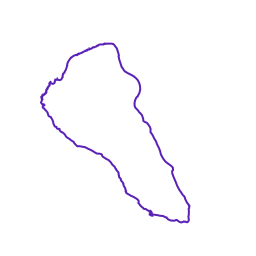 Atauro, Dili, East Timor, rotated 113°
{"feature_id": "22284137B11289182458696", "entity_name": "Atauro", "entity_type": "district", "adm_level": 2, "iso_a3": "TLS", "parent_name": "East Timor", "parent_adm1": "Dili", "projection": "albers", "projection_center": [125.573, -8.218], "detail": "fine", "context": "isolated", "style": "outline", "palette": "violet", "viewbox_px": 256, "rotation_deg": 113, "n_neighbors": 0, "source": "geoboundaries", "source_scale": "gbopen_adm2", "svg_char_len": 5693}
<svg xmlns="http://www.w3.org/2000/svg" viewBox="0 0 256 256"><g transform="rotate(113 128 128)"><path d="M189.5,36.0L188.8,36.1L185.9,37.8L184.4,38.1L181.9,39.0L180.1,39.8L179.0,40.5L178.4,40.6L178.0,40.4L176.9,40.7L176.0,41.3L175.7,41.1L175.3,41.7L174.9,42.1L174.8,42.6L174.2,43.4L173.9,44.2L171.4,47.2L170.8,47.8L170.1,48.1L169.9,48.6L168.9,49.4L168.5,50.9L167.9,51.9L164.5,57.1L162.1,60.0L159.0,63.0L154.8,67.4L152.5,69.5L151.3,70.2L150.2,70.5L149.5,70.2L149.2,70.1L147.0,71.2L146.6,71.9L145.9,73.8L144.6,79.5L143.8,81.4L142.4,83.7L140.0,86.8L138.7,88.0L136.3,89.7L136.0,90.2L134.6,91.4L131.3,95.3L129.6,96.7L127.6,99.5L124.6,103.0L123.1,105.6L122.6,105.9L121.3,106.3L119.8,107.0L118.3,108.5L116.6,111.2L115.9,112.6L115.8,113.4L115.9,114.9L115.6,116.3L115.4,116.7L114.9,117.0L114.4,117.2L113.2,117.9L111.9,119.2L111.5,119.4L110.8,120.1L110.3,121.1L109.8,121.8L109.3,123.5L107.9,125.7L106.4,129.2L105.7,129.8L105.2,130.4L104.6,130.9L103.5,131.2L102.8,131.6L101.5,132.0L99.8,132.3L97.9,132.3L96.2,132.1L95.2,131.4L94.6,131.5L91.5,131.2L88.7,131.6L87.8,131.8L85.3,133.0L83.1,134.5L82.0,135.5L80.3,137.5L79.6,138.8L78.7,141.1L78.4,142.2L78.2,142.5L78.3,142.8L77.9,144.7L77.8,147.0L77.6,147.4L77.7,148.0L77.6,149.5L77.1,153.1L76.2,154.7L75.0,156.3L74.4,157.6L68.4,162.8L67.0,163.7L66.7,164.1L66.1,164.5L65.8,164.5L65.0,164.7L65.0,164.8L63.8,165.4L59.9,168.7L59.2,169.4L59.0,169.5L57.4,172.4L57.0,172.9L56.5,174.3L56.7,175.1L56.6,175.4L57.2,177.3L57.6,177.9L57.9,178.9L58.4,179.5L58.4,180.0L58.6,180.4L58.8,181.0L59.0,181.3L59.4,181.5L59.5,181.8L59.3,181.8L59.4,182.4L59.6,182.4L60.0,182.7L59.8,182.8L59.9,183.0L60.5,183.4L61.2,184.4L62.3,186.9L63.4,187.7L63.7,188.0L63.8,187.9L64.2,188.0L64.3,188.4L64.8,188.7L64.7,188.8L65.3,189.1L67.0,190.7L67.3,191.2L67.2,191.4L67.6,191.7L67.7,192.0L68.4,192.2L68.8,192.6L69.6,193.0L70.0,193.6L70.0,193.8L70.1,193.7L70.8,194.5L71.0,194.5L71.4,195.1L71.3,195.3L72.0,195.9L71.9,196.0L72.2,196.2L72.5,196.2L72.5,196.4L72.8,196.4L72.8,196.6L73.0,196.8L73.1,196.7L73.2,197.0L73.7,197.3L73.7,197.5L73.8,197.5L74.0,197.7L74.9,198.4L75.7,199.2L76.1,199.3L76.9,200.2L77.2,200.2L78.2,201.5L78.7,201.8L78.7,202.4L79.3,202.9L79.5,202.8L79.6,203.2L80.0,203.4L80.7,203.3L80.9,203.5L80.8,203.9L81.0,204.2L81.2,204.3L81.4,205.0L82.6,206.0L83.5,206.7L83.9,207.0L85.4,207.7L85.4,207.9L86.9,208.4L88.6,208.6L89.6,208.9L91.4,209.0L92.9,208.9L93.9,208.6L94.1,208.4L94.3,208.5L95.9,208.2L96.6,208.1L99.5,208.0L100.5,208.3L100.9,208.2L101.1,208.3L101.7,208.1L101.9,208.3L103.0,208.6L103.2,208.9L103.4,209.0L103.9,208.9L104.2,208.6L105.3,208.7L106.5,208.1L106.6,208.3L108.0,208.2L108.9,208.3L109.7,208.6L110.2,209.1L110.9,210.1L110.9,211.2L110.8,211.5L111.0,212.0L110.8,212.2L111.2,212.2L111.2,212.5L111.6,212.7L111.5,213.1L111.9,213.5L111.9,213.8L112.5,213.9L113.2,213.6L114.3,213.5L114.8,213.2L115.9,213.6L116.3,213.8L116.8,214.6L116.9,216.2L116.6,217.3L116.3,217.2L116.0,217.2L115.9,217.4L116.1,217.5L116.9,217.8L117.8,217.8L118.1,217.6L118.3,217.2L119.1,216.9L119.2,217.2L119.7,217.2L119.9,217.0L120.2,217.2L120.7,217.2L121.0,217.3L121.1,217.6L121.5,217.7L121.8,217.4L122.7,217.5L123.0,217.8L123.3,217.4L123.9,217.4L124.1,217.5L124.1,217.9L124.5,218.1L124.8,217.8L126.3,217.8L126.2,217.5L126.7,217.1L127.8,217.1L128.3,217.2L128.7,217.4L129.1,217.7L129.1,218.1L129.6,218.0L130.4,218.3L130.7,218.8L130.6,219.1L131.5,219.1L131.4,219.2L131.6,219.3L131.6,219.5L132.1,219.3L132.3,219.5L132.7,219.5L132.9,219.9L133.3,220.0L134.1,219.5L134.2,218.7L135.0,218.0L135.5,218.4L136.5,218.0L137.9,218.1L138.7,217.9L139.0,217.4L139.6,216.3L139.6,216.0L139.1,214.9L139.4,214.6L139.6,213.9L140.0,214.0L140.4,214.4L140.5,214.6L141.4,215.0L142.4,214.4L142.6,214.1L142.8,213.4L142.7,213.1L142.9,212.7L143.0,212.4L143.5,211.7L143.9,210.4L144.5,209.5L145.1,208.2L147.7,206.1L148.1,205.1L148.1,203.3L148.3,202.9L148.9,202.4L149.2,201.8L150.8,200.0L152.0,199.0L153.0,198.5L154.4,196.8L154.9,196.4L155.2,195.8L155.0,194.3L156.0,193.5L156.3,192.7L156.0,191.7L155.8,191.2L155.6,190.9L155.8,190.5L156.5,190.3L157.1,189.5L157.6,188.6L157.6,187.8L157.8,187.4L157.6,186.7L158.0,185.2L158.6,183.7L160.0,181.8L160.6,180.3L160.9,177.6L161.6,175.6L161.8,173.8L162.0,172.8L162.3,172.2L163.1,171.4L163.3,170.6L163.9,169.5L164.6,167.5L164.5,167.1L164.1,166.6L163.6,165.2L162.4,159.7L162.7,157.0L162.8,153.0L163.7,147.2L163.5,146.3L162.7,143.9L162.5,142.2L162.6,141.8L164.1,140.5L164.9,136.5L165.1,133.6L165.3,132.6L165.6,132.3L166.2,130.6L167.8,128.2L168.9,125.2L170.0,123.9L170.5,122.9L170.9,122.8L171.6,121.4L172.7,119.3L174.1,118.6L174.6,118.5L175.1,117.8L175.9,117.3L176.6,117.1L177.7,114.7L178.8,114.2L179.6,112.8L180.1,111.7L180.4,111.5L181.0,110.5L181.2,110.3L181.8,110.2L182.8,109.4L184.7,106.8L185.8,106.3L186.7,105.1L187.3,105.0L187.5,105.2L188.5,104.1L188.5,103.8L188.8,102.2L189.0,100.1L189.3,98.5L189.2,97.2L189.3,95.6L189.7,92.8L190.2,90.9L190.9,89.7L191.3,89.5L192.0,89.4L193.0,89.1L193.4,88.0L194.3,87.0L194.4,86.4L195.1,85.1L195.6,83.0L196.1,82.2L196.2,81.6L195.7,80.4L195.7,79.8L196.1,77.7L196.1,76.5L196.5,75.9L196.6,75.6L196.4,75.0L196.1,74.7L196.0,75.0L195.7,75.0L195.7,74.3L196.1,73.8L196.2,74.0L196.0,74.4L196.5,74.3L196.3,73.9L196.5,73.8L196.6,73.4L196.9,72.9L197.3,73.0L197.0,73.5L197.3,73.4L197.3,73.6L197.5,73.7L197.6,74.2L197.9,74.0L198.3,74.2L198.7,74.2L198.9,74.4L199.3,74.2L199.2,72.9L199.5,72.3L199.2,71.4L198.9,71.6L198.3,71.6L198.0,71.4L197.8,70.9L196.6,66.3L196.3,64.4L195.3,61.2L195.5,59.0L195.3,57.5L195.7,57.3L196.1,55.9L196.4,55.5L196.5,53.1L196.2,51.7L195.9,51.2L195.7,50.1L194.8,48.6L194.0,47.9L193.6,47.1L194.3,44.2L194.2,42.4L193.9,41.7L192.2,40.1L192.3,39.6L191.7,38.6L191.9,37.7L191.6,36.7L190.9,36.2L189.5,36.0Z" fill="none" stroke="#5b21b6" stroke-width="2"/></g></svg>